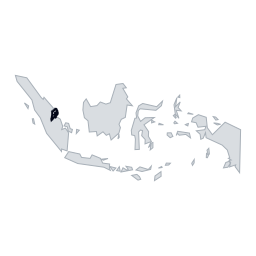 location of Indragiri Hilir, Riau, Indonesia
{"feature_id": "22746128B36468792556341", "entity_name": "Indragiri Hilir", "entity_type": "district", "adm_level": 2, "iso_a3": "IDN", "parent_name": "Indonesia", "parent_adm1": "Riau", "projection": "equal_earth", "projection_center": [103.334, -0.292], "detail": "fine", "context": "in_parent", "style": "outline", "palette": "ink", "viewbox_px": 256, "rotation_deg": 0, "n_neighbors": 0, "source": "geoboundaries", "source_scale": "gbopen_adm2", "svg_char_len": 6382}
<svg xmlns="http://www.w3.org/2000/svg" viewBox="0 0 256 256"><path d="M86.2,98.9L90.6,106.6L97.0,105.6L100.3,102.0L105.9,104.1L110.3,102.7L116.0,84.5L123.0,83.5L126.3,87.8L122.8,88.3L127.8,96.9L126.4,98.9L132.4,105.8L127.1,105.0L125.3,117.4L121.3,119.3L119.0,124.2L120.4,127.6L118.9,133.1L111.1,140.0L109.4,133.8L106.3,135.3L103.0,131.8L97.2,135.9L96.4,131.5L89.3,132.0L88.0,120.8L84.4,117.7L82.9,110.0L83.5,102.4L86.2,98.9ZM15.4,75.4L26.8,77.8L41.4,97.8L43.2,99.4L44.0,97.3L53.7,108.5L51.4,110.9L56.9,110.4L55.7,116.1L60.3,119.2L62.7,126.2L61.7,129.6L65.4,128.1L68.6,132.9L67.1,150.9L61.6,149.0L61.5,151.5L46.6,133.3L40.3,117.8L34.6,110.0L31.9,99.9L17.1,81.4L15.4,75.4ZM240.6,129.7L239.6,172.7L235.1,166.6L235.7,164.9L229.6,166.9L230.7,162.6L229.1,160.4L229.7,160.1L230.6,160.2L231.2,160.0L228.4,158.3L229.7,157.8L227.3,150.0L222.2,145.1L206.1,137.7L205.5,132.6L203.2,138.2L200.8,139.3L200.1,134.2L196.3,130.8L204.8,129.7L205.9,126.3L198.0,127.2L196.1,122.7L191.5,121.8L192.8,118.0L198.4,114.7L206.2,117.3L207.3,127.7L212.4,134.7L225.1,122.2L240.6,129.7ZM161.4,105.7L155.9,110.3L140.2,108.8L138.3,110.5L137.7,116.0L140.6,121.4L145.1,117.8L154.3,117.5L144.0,124.8L148.6,131.6L148.4,136.4L151.4,141.5L145.0,143.9L145.2,139.5L141.7,135.7L142.5,130.6L140.5,130.0L138.6,131.9L139.3,149.4L135.0,149.6L135.4,139.1L134.7,135.6L131.7,134.9L131.3,130.4L134.9,118.3L136.6,118.0L136.0,112.9L138.7,105.9L142.7,103.5L156.7,106.7L162.5,101.1L161.4,105.7ZM68.7,151.6L79.8,154.0L81.5,157.4L90.1,158.4L92.1,154.9L100.4,158.3L102.7,163.1L109.6,164.0L109.4,168.0L110.4,170.4L103.9,167.2L77.7,163.5L64.7,157.7L68.7,151.6ZM175.5,106.7L180.2,101.9L178.1,107.5L181.2,110.9L176.2,110.3L178.9,118.3L175.3,113.9L174.0,104.8L176.9,97.7L175.5,106.7ZM177.7,131.3L189.4,133.1L190.5,137.9L185.8,134.4L179.2,135.2L177.4,133.3L176.2,135.5L177.7,131.3ZM150.6,169.4L142.0,171.5L136.0,170.0L139.9,166.9L148.3,169.5L151.3,166.1L150.6,169.4ZM126.0,166.3L131.7,167.3L132.6,169.8L121.1,172.0L123.0,167.8L127.0,170.2L128.3,169.3L126.0,166.3ZM161.0,171.6L161.1,176.3L154.5,180.6L155.0,176.0L161.0,171.6ZM68.6,123.4L70.2,128.7L72.4,129.4L71.6,132.7L68.3,131.1L67.3,126.8L64.1,125.9L65.7,122.8L68.6,123.4ZM227.9,167.2L223.5,167.9L225.8,162.5L229.2,161.3L230.2,163.3L227.9,167.2ZM136.9,174.4L139.5,176.7L140.7,179.3L138.0,180.1L131.7,175.4L136.9,174.4ZM171.1,132.8L172.9,136.4L170.2,137.7L167.1,135.0L167.3,132.9L171.1,132.8ZM109.8,166.5L115.9,168.0L113.1,171.0L109.8,166.5ZM119.3,166.7L120.2,171.2L116.6,170.6L119.3,166.7ZM79.3,130.2L76.3,133.6L76.6,129.4L79.3,130.2ZM208.8,148.3L209.4,154.1L208.1,154.3L207.0,150.2L208.8,148.3ZM108.0,158.5L103.3,160.2L101.3,159.2L108.0,158.5ZM152.9,142.5L152.9,147.7L150.2,149.9L151.3,143.0L152.9,142.5ZM24.4,102.9L28.6,105.9L28.0,108.6L24.4,102.9ZM34.7,124.1L33.0,123.0L32.3,118.8L33.5,118.7L34.7,124.1ZM192.5,165.4L191.7,163.3L194.2,159.5L194.1,162.9L192.5,165.4ZM188.4,112.8L193.3,114.3L187.8,113.7L188.4,112.8ZM159.1,123.3L163.5,124.8L158.7,124.7L159.1,123.3ZM150.8,145.1L148.4,147.6L150.5,143.0L150.8,145.1ZM213.2,116.6L215.7,117.1L218.1,119.6L215.8,120.1L213.2,116.6ZM170.4,163.2L168.7,165.0L165.4,165.3L166.3,163.1L170.4,163.2ZM208.5,155.1L207.4,157.7L206.3,157.6L206.5,153.4L208.5,155.1ZM177.5,123.3L174.6,123.8L173.8,122.9L175.0,121.2L177.5,123.3ZM213.6,122.9L217.2,123.3L220.6,124.3L217.3,124.9L213.6,122.9ZM151.7,120.2L154.7,121.9L151.6,122.9L151.7,120.2ZM179.8,97.6L177.8,97.1L179.7,95.1L179.8,97.6ZM158.4,168.1L161.7,166.5L162.1,167.5L158.4,168.1ZM188.4,123.5L187.8,125.9L185.3,124.7L186.6,124.0L188.4,123.5ZM119.2,137.3L117.9,138.9L118.9,133.9L119.2,137.3ZM174.7,114.4L176.2,117.7L175.6,118.2L173.3,115.6L174.7,114.4Z" fill="#d9dde1" stroke="#a8b0b8" stroke-width="1"/><path d="M55.8,117.2L55.7,117.2L55.4,116.9L55.2,117.0L54.9,117.0L54.7,116.9L54.9,116.8L55.1,116.7L55.3,116.5L55.4,116.4L55.5,116.4L55.7,116.2L55.7,115.9L55.5,115.7L55.4,115.5L55.4,115.2L55.3,115.3L55.2,115.2L55.1,114.9L55.1,114.7L54.9,114.4L54.8,114.2L54.7,114.2L54.8,114.1L54.9,113.9L55.1,113.9L55.5,113.8L55.7,113.6L55.8,113.5L56.0,113.4L56.0,113.2L55.9,113.1L56.0,113.0L56.0,112.9L55.9,112.8L56.0,112.8L55.9,112.7L56.0,112.8L56.3,112.8L56.4,112.7L56.5,112.7L56.4,112.6L56.5,112.5L56.5,112.4L56.9,112.4L56.9,112.5L57.0,112.5L57.2,112.4L57.3,112.4L57.6,112.4L57.4,111.8L57.4,111.3L57.4,111.1L57.3,110.9L57.2,110.7L57.1,110.4L56.9,110.2L56.6,110.0L56.5,109.9L56.5,109.7L56.4,109.7L56.2,109.4L56.0,109.2L55.8,109.1L55.7,109.0L55.7,108.9L55.3,108.8L55.2,109.1L54.8,109.4L54.6,109.6L54.3,110.1L54.1,110.2L53.7,110.3L53.4,110.6L53.2,110.9L52.9,111.2L52.8,111.4L52.7,111.5L52.3,111.6L52.2,111.6L52.2,115.3L52.1,115.5L52.1,115.4L52.0,115.9L51.9,116.2L51.9,116.3L51.9,116.8L51.8,117.1L51.8,117.7L51.7,117.8L51.6,118.0L51.4,118.5L51.4,119.1L51.4,119.6L51.5,119.6L51.8,119.7L51.8,119.8L51.9,119.7L52.0,119.7L52.3,119.5L52.3,119.4L52.4,119.2L52.5,119.2L52.7,118.7L53.0,118.4L53.2,118.1L53.6,117.4L53.8,117.3L54.0,117.4L54.3,117.3L55.3,117.6L55.7,117.4L55.8,117.3L55.8,117.2ZM56.4,113.8L56.2,113.8L56.0,114.1L55.9,114.4L55.9,114.5L55.8,114.8L56.1,114.7L56.2,114.9L56.3,114.9L56.5,114.9L56.6,115.0L56.7,114.9L56.8,114.8L57.0,114.7L57.3,114.6L57.4,114.4L57.1,114.0L56.9,114.0L56.8,113.9L56.7,113.8L56.4,113.8L56.4,113.8ZM55.4,114.8L55.2,114.7L55.1,114.9L55.2,115.0L55.4,115.2L55.5,115.7L55.6,115.8L55.8,115.7L56.1,115.7L56.3,115.6L56.5,115.2L56.4,114.9L56.2,115.0L56.2,114.9L55.9,114.9L55.7,114.8L55.4,114.8ZM55.1,114.0L55.0,113.9L54.9,113.9L54.8,114.1L54.7,114.2L54.8,114.2L54.9,114.3L55.0,114.4L55.1,114.5L55.3,114.6L55.7,114.7L55.8,114.6L55.8,114.4L55.7,114.3L55.4,114.2L55.1,114.0ZM55.9,114.2L56.1,113.7L55.9,113.7L55.7,113.9L55.3,114.0L55.4,114.3L55.5,114.3L55.8,114.3L55.9,114.2ZM55.3,116.6L55.2,116.6L54.8,116.8L54.7,116.9L54.8,116.9L54.9,117.0L55.0,117.0L55.2,116.9L55.3,116.9L55.5,116.9L55.6,116.7L55.4,116.7L55.3,116.6ZM56.5,112.9L56.4,112.8L56.2,112.9L56.1,113.0L56.3,113.1L56.5,113.0L56.5,112.9L56.5,112.9ZM55.7,116.4L55.4,116.4L55.3,116.5L55.2,116.5L55.3,116.6L55.6,116.6L55.7,116.4ZM56.3,113.5L56.2,113.5L55.9,113.7L56.1,113.6L56.4,113.6L56.3,113.5ZM56.7,112.5L56.7,112.4L56.5,112.5L56.8,112.6L56.7,112.5ZM56.5,109.6L56.4,109.5L56.3,109.3L56.2,109.4L56.3,109.4L56.3,109.5L56.5,109.6ZM56.9,112.7L56.7,112.4L56.7,112.5L56.8,112.6L56.9,112.7ZM56.1,113.0L56.1,112.9L56.0,113.0L55.9,113.0L56.0,113.1L56.1,113.0ZM55.9,112.7L56.0,112.8L56.0,112.7L55.9,112.7Z" fill="none" stroke="#020617" stroke-width="2"/></svg>